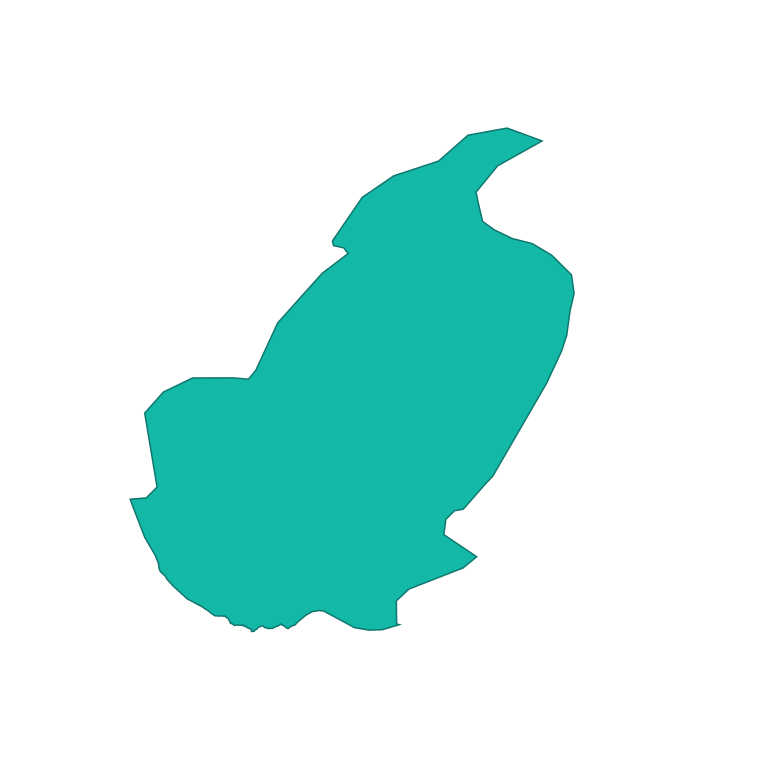 outline of Krachi West, Volta, Ghana, rotated 216°
{"feature_id": "2480657B78422611914106", "entity_name": "Krachi West", "entity_type": "district", "adm_level": 2, "iso_a3": "GHA", "parent_name": "Ghana", "parent_adm1": "Volta", "projection": "robinson", "projection_center": [-0.041, 7.895], "detail": "fine", "context": "isolated", "style": "filled", "palette": "teal", "viewbox_px": 768, "rotation_deg": 216, "n_neighbors": 0, "source": "geoboundaries", "source_scale": "gbopen_adm2", "svg_char_len": 2397}
<svg xmlns="http://www.w3.org/2000/svg" viewBox="0 0 768 768"><g transform="rotate(216 384 384)"><path d="M521.6,141.6L514.3,136.7L487.4,119.3L468.1,110.8L460.8,106.1L457.7,102.6L454.7,100.8L447.7,99.9L444.7,98.5L436.5,96.7L417.0,94.5L400.0,96.9L396.7,96.9L395.6,96.9L395.0,97.3L394.6,97.2L392.7,97.1L391.0,97.2L389.9,96.9L386.4,97.0L384.9,97.0L383.6,97.7L382.8,98.4L381.6,98.9L380.4,99.8L380.0,100.3L378.6,101.1L378.1,101.4L377.4,101.9L376.2,102.8L375.5,102.9L375.1,102.5L374.1,102.3L373.3,102.9L372.4,102.7L369.1,101.2L367.9,100.3L367.4,100.2L367.1,100.6L366.6,100.9L366.0,100.6L365.0,100.8L364.4,100.7L363.7,100.7L362.9,100.9L362.4,101.7L361.5,102.4L360.0,103.5L358.9,104.0L357.6,105.1L356.5,105.3L356.3,105.8L356.1,106.2L355.7,106.4L355.1,106.1L354.6,105.9L353.9,106.0L353.6,106.6L353.3,106.7L352.5,106.6L351.6,106.5L351.0,106.6L350.1,106.7L349.2,107.2L348.4,107.4L348.1,107.2L347.0,107.3L346.6,107.0L346.3,106.6L345.9,106.0L345.7,105.9L345.4,106.6L344.8,106.8L344.0,107.4L343.6,108.0L343.7,108.3L343.9,109.1L343.6,109.7L343.2,110.0L343.1,110.5L342.7,111.2L342.8,111.8L342.9,112.4L341.5,115.3L340.2,116.9L339.4,117.4L338.8,117.0L337.9,116.8L337.4,116.8L335.2,117.9L334.5,117.8L333.1,118.8L332.0,119.7L330.7,120.6L330.2,121.7L329.6,122.4L329.0,124.4L328.1,124.9L327.7,125.7L327.1,126.7L326.9,127.6L326.8,128.9L326.3,129.3L325.8,128.9L325.0,129.1L324.7,129.2L323.5,129.6L322.6,129.4L321.6,129.7L320.2,129.3L319.5,129.2L318.8,129.6L318.3,129.6L317.6,130.1L317.1,133.0L316.3,133.6L315.9,135.0L315.0,135.9L314.3,137.0L314.0,140.4L313.5,142.6L311.7,149.5L311.5,150.4L308.6,157.0L308.3,157.6L306.0,159.9L303.2,162.7L299.1,164.9L264.8,169.5L251.4,176.1L240.9,184.3L230.1,198.3L232.7,197.3L240.2,207.3L246.5,215.8L243.3,232.8L211.9,281.7L207.5,298.7L247.0,297.3L254.4,310.8L252.5,322.9L246.3,329.2L243.1,364.0L241.8,373.2L252.9,480.3L259.7,515.0L264.7,530.6L276.5,552.6L283.4,569.0L296.5,582.5L324.0,586.8L346.6,584.7L366.0,577.0L385.4,573.5L399.8,573.5L415.4,587.0L422.3,593.4L420.3,627.4L399.0,673.5L434.8,663.4L441.5,656.5L462.3,634.7L468.1,608.8L470.9,596.4L498.5,558.1L511.3,522.2L509.8,469.4L506.2,466.3L496.2,470.6L493.0,469.3L489.6,468.7L499.1,437.2L499.6,432.0L502.6,403.5L505.2,377.8L505.9,370.9L495.8,319.8L496.5,308.2L509.5,300.4L542.4,276.4L557.7,248.0L558.5,240.1L560.5,219.8L533.6,193.4L507.0,167.2L509.4,152.1L521.6,141.6Z" fill="#14b8a6" stroke="#0f766e" stroke-width="1.5"/></g></svg>